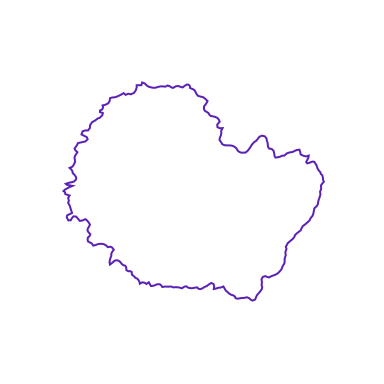 Resplendor, Minas Gerais, Brazil, rotated 234°
{"feature_id": "56859067B25891370030670", "entity_name": "Resplendor", "entity_type": "district", "adm_level": 2, "iso_a3": "BRA", "parent_name": "Brazil", "parent_adm1": "Minas Gerais", "projection": "equal_earth", "projection_center": [-41.153, -19.218], "detail": "fine", "context": "isolated", "style": "outline", "palette": "violet", "viewbox_px": 384, "rotation_deg": 234, "n_neighbors": 0, "source": "geoboundaries", "source_scale": "gbopen_adm2", "svg_char_len": 4489}
<svg xmlns="http://www.w3.org/2000/svg" viewBox="0 0 384 384"><g transform="rotate(234 192 192)"><path d="M85.8,230.7L88.4,232.1L90.3,234.9L92.6,235.8L93.4,237.5L94.4,239.7L94.6,242.8L94.8,245.9L95.4,248.3L96.6,249.9L96.9,251.9L97.0,254.6L97.1,257.5L98.3,259.3L99.3,261.7L99.3,264.4L99.6,267.8L99.9,270.3L101.2,272.8L101.9,275.5L103.2,277.5L105.0,279.4L106.9,281.4L107.3,284.9L108.4,287.0L109.9,288.3L111.3,290.0L113.0,292.5L114.7,294.6L116.9,295.7L118.5,298.2L120.2,299.4L121.6,300.3L122.3,302.5L122.8,304.7L124.6,305.1L126.6,306.3L128.9,307.2L130.8,306.9L132.6,307.4L134.3,307.3L136.0,307.2L137.6,307.5L139.9,308.3L142.5,308.6L144.5,308.7L145.9,307.2L146.6,304.2L147.4,302.1L149.2,302.0L150.3,304.3L151.4,306.4L152.9,307.8L153.6,305.4L155.4,303.7L156.8,302.9L158.5,302.0L160.9,303.1L163.1,303.8L164.4,301.4L164.9,299.3L165.2,297.1L166.6,294.3L167.5,291.4L167.2,288.1L168.4,286.2L168.8,284.0L169.7,281.8L170.8,279.8L172.3,279.8L174.7,281.1L177.3,282.2L179.9,281.8L181.9,279.9L184.1,280.1L186.2,281.5L188.2,282.4L189.8,282.8L191.2,283.7L194.1,283.7L196.4,281.8L197.1,279.0L196.3,276.4L195.7,274.0L195.8,271.2L195.0,268.1L193.8,265.1L192.7,261.8L192.4,258.7L193.5,256.9L194.9,254.9L196.7,253.8L198.5,253.3L201.4,253.6L204.5,252.6L206.4,251.2L208.4,248.8L210.3,246.2L212.7,244.6L215.3,244.8L218.0,244.9L219.6,246.5L220.8,248.6L222.2,250.2L224.2,251.4L225.7,254.3L227.2,252.0L229.5,250.7L231.7,252.0L232.6,255.7L234.6,256.2L236.9,256.1L239.1,254.9L240.9,253.4L242.4,251.9L244.1,251.5L246.3,251.7L248.3,250.9L250.2,250.1L252.0,250.4L254.1,252.0L255.3,255.7L256.4,258.0L258.6,257.7L260.7,257.2L262.2,256.7L264.1,255.1L266.2,253.4L268.5,253.2L270.4,253.6L273.2,253.8L275.3,252.8L277.1,251.6L279.0,252.5L280.7,252.4L282.0,251.0L282.2,248.4L282.1,245.9L284.1,244.3L285.9,243.1L287.0,241.1L287.4,237.7L289.1,236.7L291.0,236.0L292.5,234.8L292.9,232.3L294.4,230.7L295.8,228.9L296.9,226.5L297.6,224.3L298.6,222.5L300.2,220.8L302.7,218.8L305.1,217.9L307.6,217.6L309.9,216.1L308.2,213.8L310.9,210.0L309.1,208.7L307.2,206.1L306.3,203.2L307.0,199.9L309.0,198.2L309.6,195.4L312.2,194.8L312.4,192.3L313.0,188.5L314.1,185.0L315.3,183.1L316.1,180.9L314.0,178.8L313.0,176.5L313.4,173.6L314.6,170.5L312.8,169.9L311.6,167.9L312.0,165.5L310.7,164.5L308.3,166.3L306.8,164.6L306.3,160.7L306.9,158.8L306.8,156.1L307.2,152.0L305.9,148.7L303.8,147.0L302.9,143.9L304.4,142.2L305.4,139.2L303.5,136.4L298.3,139.1L296.0,138.6L295.6,135.4L296.6,133.1L298.6,128.5L297.6,126.7L296.9,124.7L296.2,122.5L294.2,122.2L291.6,122.7L290.1,118.9L288.9,117.2L285.1,115.2L283.5,112.2L282.8,110.1L283.4,107.1L280.9,107.6L279.2,107.5L277.4,106.6L275.4,107.0L272.8,107.0L271.2,106.5L270.1,105.1L269.9,102.3L272.2,96.8L272.8,94.7L271.2,95.1L267.2,98.9L268.1,95.1L268.6,90.8L268.3,88.6L266.6,89.1L264.7,88.3L263.3,89.3L261.1,90.9L260.0,88.3L257.4,87.3L256.0,85.4L253.0,85.1L245.5,82.6L246.5,77.3L245.2,75.8L241.7,75.3L240.4,77.3L241.4,79.4L242.0,81.8L240.2,83.8L237.0,84.1L234.6,84.2L233.4,86.5L232.7,89.8L230.5,90.4L228.0,90.5L225.6,90.3L224.5,88.3L223.7,86.2L222.3,84.8L220.2,84.6L217.6,84.9L216.5,83.1L216.3,80.9L214.7,79.5L213.1,78.8L211.1,79.8L209.2,80.7L206.6,80.6L205.7,83.2L204.9,85.8L203.6,87.9L201.8,89.9L199.4,91.1L197.0,91.4L195.7,93.8L193.8,94.8L191.3,94.8L190.7,92.7L189.5,90.4L187.9,89.3L186.8,87.6L185.4,85.8L183.7,84.0L181.5,83.0L181.6,86.1L181.9,89.2L180.8,91.3L179.0,92.5L177.2,92.9L175.5,92.8L173.4,93.3L171.5,94.7L169.7,94.5L167.5,93.0L165.4,93.8L164.2,95.6L162.6,96.2L160.5,94.8L158.1,95.5L155.7,95.8L153.8,96.9L151.8,96.9L150.0,96.6L148.4,95.9L148.2,98.6L146.2,100.5L144.3,101.1L144.4,104.0L142.0,103.7L140.1,103.5L138.7,105.9L137.8,109.7L136.3,111.7L134.3,112.2L132.6,112.1L131.3,114.7L129.4,117.1L127.7,119.7L125.9,120.7L124.6,122.9L122.8,125.0L121.4,126.2L120.0,127.3L119.9,130.3L119.0,132.0L117.0,132.6L115.3,134.0L114.0,135.7L113.0,137.9L111.8,140.1L109.9,140.4L108.5,141.7L107.9,143.8L107.8,146.4L107.2,148.6L107.3,151.0L107.1,154.1L105.0,155.3L102.9,154.7L100.7,152.6L99.6,155.1L99.0,157.2L97.8,159.1L97.1,161.9L94.6,161.6L92.4,161.4L90.3,161.9L88.2,162.3L86.1,163.1L84.2,164.6L82.1,165.3L80.6,164.8L79.0,166.0L78.1,167.7L77.2,169.7L75.7,171.9L74.5,174.6L72.3,175.9L70.4,176.2L68.6,177.1L67.9,179.9L69.2,181.9L70.3,183.8L70.9,186.3L71.6,189.1L72.5,191.6L73.9,193.0L75.8,193.5L77.6,195.4L80.4,196.8L81.7,199.4L80.8,201.9L79.0,203.0L77.6,204.1L77.2,207.0L76.2,210.3L75.8,213.0L76.0,215.1L76.8,218.8L78.8,221.9L79.9,224.7L81.5,226.3L83.4,227.5L85.8,230.7Z" fill="none" stroke="#5b21b6" stroke-width="2"/></g></svg>